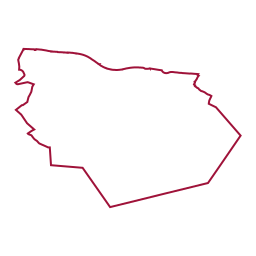 outline of Borsele, Zeeland, Netherlands
{"feature_id": "6326949B66148717783622", "entity_name": "Borsele", "entity_type": "district", "adm_level": 2, "iso_a3": "NLD", "parent_name": "Netherlands", "parent_adm1": "Zeeland", "projection": "natural_earth1", "projection_center": [3.797, 51.429], "detail": "fine", "context": "isolated", "style": "outline", "palette": "rose", "viewbox_px": 256, "rotation_deg": 0, "n_neighbors": 0, "source": "geoboundaries", "source_scale": "gbopen_adm2", "svg_char_len": 4599}
<svg xmlns="http://www.w3.org/2000/svg" viewBox="0 0 256 256"><path d="M240.6,135.6L215.9,107.2L215.6,107.1L215.2,106.9L211.1,104.9L209.1,103.9L208.8,103.8L208.8,103.3L208.9,102.7L209.3,100.5L210.1,98.8L210.2,98.5L210.6,97.8L210.7,97.6L210.8,97.4L211.4,96.0L211.1,95.8L210.5,95.5L210.1,95.3L209.8,95.1L209.7,95.0L208.0,94.5L207.7,94.4L207.3,94.1L206.9,93.9L206.7,93.8L205.5,92.9L205.4,92.8L204.8,92.4L204.0,92.0L203.8,91.9L202.1,91.2L201.8,91.2L201.5,91.1L201.1,91.0L199.6,89.8L199.2,89.5L199.1,89.4L198.5,88.6L198.4,88.4L198.2,88.3L198.1,88.2L197.5,88.0L197.2,87.8L196.9,87.7L196.7,87.5L196.6,87.3L196.4,87.2L195.1,86.3L194.9,86.1L195.1,85.7L195.2,85.4L193.9,84.5L193.9,84.4L194.4,83.7L194.6,83.5L194.7,83.2L194.9,82.7L195.0,82.5L195.0,82.4L194.9,82.3L194.9,82.2L194.6,82.1L194.5,81.9L194.5,81.7L194.8,81.5L195.0,81.4L195.3,81.2L195.5,81.0L195.6,80.8L195.9,80.3L196.4,79.5L196.6,79.4L196.7,79.1L197.4,77.6L198.2,76.2L198.3,76.0L198.7,75.7L198.3,75.4L197.7,75.0L198.2,74.1L197.2,74.0L194.2,73.8L190.6,73.5L190.3,73.5L189.9,73.6L184.6,73.2L182.7,73.1L181.5,72.9L180.3,72.9L178.5,72.7L177.3,72.5L174.9,72.3L173.5,72.1L172.5,72.0L171.9,72.0L171.6,72.0L171.3,72.0L171.0,72.0L170.7,72.0L170.4,72.1L170.2,72.1L169.8,72.2L169.5,72.3L169.2,72.4L168.5,72.7L168.3,72.8L168.1,72.9L167.8,72.9L167.4,73.0L167.0,73.1L166.7,73.1L166.2,73.1L165.8,73.1L165.6,73.1L165.2,73.0L164.9,73.0L164.6,72.9L164.2,72.7L163.9,72.6L163.5,72.4L163.3,72.3L163.1,72.1L162.9,71.9L162.7,71.7L162.3,71.3L162.2,71.1L162.0,70.8L161.9,70.6L161.8,70.3L158.2,69.8L154.0,69.1L152.0,68.8L150.1,68.5L150.0,68.4L149.9,68.4L149.9,68.5L149.8,68.4L149.7,68.4L149.6,68.5L148.6,68.7L148.0,68.8L147.4,68.8L146.8,68.8L146.2,68.8L145.6,68.8L145.3,68.7L145.0,68.7L144.4,68.3L143.9,68.0L143.6,67.9L143.3,67.8L142.7,67.7L142.1,67.7L140.3,67.5L139.1,67.5L138.5,67.4L137.9,67.4L136.7,67.4L136.1,67.4L134.9,67.4L134.3,67.4L133.1,67.5L132.5,67.5L131.9,67.6L131.2,67.7L130.9,67.7L130.1,67.8L129.0,68.0L127.8,68.2L126.0,68.5L125.4,68.7L123.0,69.2L123.0,69.3L122.4,69.5L122.3,69.4L121.3,69.6L120.7,69.7L120.1,69.7L119.5,69.8L118.7,69.9L118.3,69.9L117.0,70.0L116.4,70.0L115.8,70.0L115.2,69.9L114.5,69.9L113.9,69.9L113.3,69.8L112.7,69.8L112.2,69.7L112.3,69.8L112.0,69.7L110.3,69.4L109.7,69.2L109.1,69.1L108.5,68.9L107.9,68.8L107.3,68.6L106.8,68.4L106.3,68.2L106.3,68.3L105.6,68.0L104.5,67.6L104.0,67.3L102.9,66.8L101.9,66.2L100.9,65.7L100.6,65.5L99.6,64.7L99.4,64.5L99.0,64.3L99.1,64.2L98.9,64.2L98.2,63.7L95.9,62.1L94.6,61.1L92.7,59.9L91.8,59.3L91.3,59.0L90.9,58.6L89.3,57.6L88.9,57.4L88.5,57.2L87.6,56.6L87.1,56.4L86.5,56.2L86.0,55.9L85.5,55.7L85.0,55.5L83.9,55.1L83.3,54.9L82.8,54.7L82.2,54.6L81.7,54.4L81.1,54.3L79.9,54.0L78.8,53.8L76.4,53.4L76.1,53.6L75.9,53.5L75.8,53.3L74.6,53.2L73.4,53.0L72.8,52.9L72.3,52.9L72.2,52.8L71.6,52.8L70.4,52.7L69.8,52.6L69.2,52.6L67.6,52.5L67.6,52.8L64.4,52.4L64.2,52.4L64.1,52.5L63.8,52.5L63.7,52.5L63.6,52.4L62.4,52.3L60.8,52.2L60.2,52.2L59.7,52.2L57.7,52.1L57.3,51.8L56.6,51.8L55.9,51.8L54.9,51.7L51.7,51.6L51.8,51.4L51.1,51.3L49.3,51.1L48.1,50.9L46.4,50.5L44.0,50.1L42.8,49.9L41.6,49.7L41.0,49.6L40.4,49.6L38.6,49.4L37.4,49.3L36.6,49.2L36.6,49.4L35.6,49.6L35.0,49.6L35.1,50.0L34.7,50.0L34.6,49.5L34.6,49.4L33.8,49.3L30.2,49.2L29.2,49.1L26.0,49.0L23.7,48.9L23.6,49.7L23.2,49.7L23.2,49.8L18.8,58.1L18.9,58.3L18.2,59.8L18.6,62.0L18.9,63.4L19.3,66.6L19.1,69.7L19.4,69.7L19.7,69.7L19.9,69.8L20.2,69.8L20.6,69.9L20.9,70.0L21.1,70.1L21.5,70.3L21.8,70.5L22.1,70.7L22.3,70.8L22.5,71.0L22.8,71.4L23.0,71.6L23.2,71.8L23.3,72.1L23.4,72.3L24.4,74.4L24.4,74.5L24.5,74.7L24.5,74.8L24.5,75.0L24.4,75.4L24.4,75.6L24.3,75.8L24.2,75.9L24.1,76.1L23.5,76.6L23.2,76.9L19.8,80.0L15.4,82.7L16.4,83.7L16.4,83.8L16.6,83.9L16.7,84.0L16.9,84.1L17.1,84.1L17.3,84.2L17.5,84.2L17.9,84.2L18.1,84.2L26.9,82.3L27.1,82.3L27.4,82.2L27.7,82.2L27.9,82.3L28.1,82.3L28.4,82.4L28.7,82.5L33.7,84.3L33.4,84.7L33.4,84.9L32.3,86.7L31.8,89.3L31.3,91.8L29.9,94.6L29.7,95.0L28.5,97.1L27.7,100.3L27.3,102.0L22.9,105.1L22.7,105.1L22.1,105.2L21.9,105.2L21.7,105.3L15.9,109.9L21.3,114.7L21.7,115.3L26.9,123.0L27.0,123.2L34.2,129.5L32.5,130.4L31.8,130.8L31.0,131.3L27.8,133.5L28.1,133.9L28.6,134.2L29.0,134.4L30.1,134.8L30.8,135.0L31.0,135.1L31.6,135.5L32.2,136.4L33.9,138.6L34.2,138.9L34.6,139.3L35.0,139.6L36.3,140.5L36.9,140.9L37.3,141.3L38.7,142.9L39.1,143.3L39.6,143.6L39.9,143.7L41.0,144.2L42.3,144.8L43.3,145.2L45.3,146.1L47.5,147.1L47.8,147.3L48.2,147.4L48.3,147.4L48.7,147.4L48.9,147.4L49.4,147.4L49.7,147.4L49.8,147.4L51.0,165.2L82.6,167.8L101.8,195.2L110.1,207.1L165.2,193.5L208.0,183.0L219.7,166.1L240.6,135.6Z" fill="none" stroke="#9f1239" stroke-width="2"/></svg>